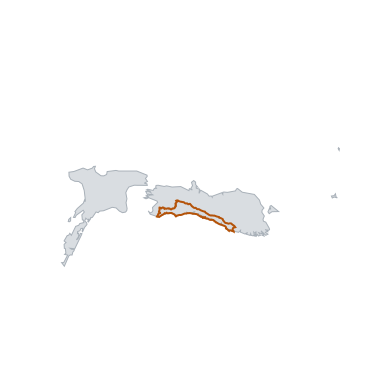 location of West Coast within New Zealand, rotated 238°
{"feature_id": "NZL-3406", "entity_name": "West Coast", "entity_type": "Regional Council", "adm_level": 1, "iso_a3": "NZL", "parent_name": "New Zealand", "parent_adm1": "", "projection": "natural_earth1", "projection_center": [171.032, -42.634], "detail": "fine", "context": "in_parent", "style": "outline", "palette": "amber", "viewbox_px": 384, "rotation_deg": 238, "n_neighbors": 0, "source": "natural_earth", "source_scale": "10m", "svg_char_len": 9227}
<svg xmlns="http://www.w3.org/2000/svg" viewBox="0 0 384 384"><g transform="rotate(238 192 192)"><path d="M201.4,157.4L202.9,157.5L209.6,152.6L212.4,151.5L213.1,151.4L211.6,152.9L211.9,153.9L210.3,157.3L211.6,156.7L212.5,154.4L213.3,154.0L213.0,152.7L217.0,153.1L215.6,155.4L213.5,156.8L214.8,156.9L217.9,154.5L217.8,155.9L213.9,159.9L215.0,162.0L214.0,163.8L215.1,163.6L216.6,165.0L215.7,166.8L211.4,171.4L210.7,173.7L206.8,177.7L202.6,185.3L194.8,190.1L196.2,191.5L193.5,193.3L195.6,192.9L197.1,195.8L200.5,196.7L200.8,199.5L198.5,200.3L196.3,199.0L193.1,199.5L194.2,198.3L192.9,197.6L190.5,199.9L187.1,197.2L189.0,200.3L182.2,204.0L179.4,204.3L178.4,206.2L176.8,206.4L177.7,207.0L175.6,216.9L173.7,216.9L175.4,218.0L175.1,219.0L172.9,221.9L169.9,229.5L171.0,231.3L170.8,232.5L165.2,234.5L156.9,243.6L149.4,244.9L145.2,243.8L140.3,244.5L139.5,241.9L137.8,240.5L133.3,240.6L131.3,237.8L129.4,237.1L127.3,238.6L120.4,238.3L119.1,237.9L118.8,236.8L121.4,234.0L119.1,235.5L118.0,235.3L119.0,234.0L118.8,232.8L116.0,234.1L116.2,231.6L122.5,230.0L120.0,229.8L119.8,228.9L122.2,227.0L119.0,227.2L119.5,225.0L121.3,225.0L120.6,223.4L124.3,225.1L123.8,223.5L125.3,223.1L122.7,222.0L122.6,220.4L123.9,219.2L125.6,219.7L124.4,218.3L127.5,215.6L128.2,217.7L128.4,214.6L132.3,211.8L133.8,212.9L133.1,210.2L139.6,203.4L143.3,201.6L145.3,201.9L148.7,199.8L150.1,200.6L149.6,199.1L150.0,198.4L158.6,194.5L158.6,193.2L159.5,193.0L158.9,192.6L163.8,188.3L165.8,188.6L164.6,187.4L166.7,186.3L168.6,187.2L167.5,185.8L169.3,185.0L170.2,186.1L170.3,184.5L173.3,181.0L173.8,183.8L174.2,183.4L174.0,180.7L176.2,177.5L177.8,176.8L177.0,175.8L180.0,165.9L183.3,164.6L186.1,161.7L188.0,156.1L188.6,151.9L190.4,148.8L195.3,144.8L199.2,144.9L196.5,145.3L196.1,147.3L196.9,149.0L199.8,150.3L201.4,157.4ZM200.1,45.7L204.4,53.1L206.6,50.9L206.9,52.6L211.1,54.6L211.9,53.9L215.4,55.8L215.9,58.4L218.3,57.6L221.2,63.1L220.7,64.5L221.7,66.5L219.2,66.7L224.5,75.2L223.8,78.2L224.7,80.2L223.4,84.0L225.6,85.2L226.4,84.2L231.0,86.5L232.1,90.1L234.2,90.0L233.6,81.5L232.3,79.3L233.3,78.0L236.2,82.5L237.4,82.3L238.8,86.0L240.1,93.9L242.0,96.4L241.0,96.0L240.7,96.6L241.7,97.3L250.4,101.4L257.1,103.1L260.9,101.5L263.2,98.3L267.0,95.9L270.5,96.1L274.0,98.1L272.0,102.6L270.0,112.3L266.1,115.2L265.1,120.1L265.8,122.1L265.0,123.7L263.4,121.6L260.0,121.0L254.0,123.4L252.4,125.8L252.1,128.9L254.3,130.9L250.6,138.9L248.5,141.1L239.0,156.3L230.1,162.8L228.9,162.2L228.2,159.7L224.5,159.8L224.8,156.8L224.3,156.5L222.9,158.1L221.3,157.6L228.4,146.5L229.7,141.1L228.4,138.2L226.5,135.5L220.7,133.2L217.9,130.4L212.4,128.2L210.8,126.8L210.2,125.0L211.3,122.1L214.3,120.3L218.7,119.2L221.3,116.2L223.0,107.0L224.7,103.6L224.2,101.5L225.9,100.0L223.3,94.1L223.9,92.3L223.1,92.0L221.5,88.3L222.5,88.1L223.5,90.2L224.4,88.5L226.1,88.1L224.2,85.7L221.7,86.4L220.1,85.7L218.9,82.1L216.3,78.2L217.1,78.1L219.1,80.1L219.9,78.5L218.5,76.3L219.1,74.1L217.4,72.8L217.2,74.2L214.3,72.1L212.7,68.6L212.7,70.4L216.0,75.5L215.1,76.6L214.5,76.0L206.0,62.5L208.9,58.8L207.2,59.5L205.6,61.8L204.7,60.8L204.2,59.1L202.1,56.9L203.1,55.5L203.1,53.7L196.7,44.4L201.2,44.0L200.1,45.7ZM134.9,245.9L137.3,249.3L136.0,249.1L136.0,249.8L138.6,250.5L138.6,252.0L129.5,255.1L132.9,249.4L132.7,246.0L134.9,245.9ZM113.6,310.6L114.5,312.7L111.6,311.6L110.0,312.1L112.3,310.0L112.6,307.8L114.7,308.1L113.6,310.6ZM234.1,73.0L234.6,75.6L231.8,73.7L231.7,72.3L232.5,71.4L234.1,73.0ZM211.9,150.5L210.2,151.5L210.6,149.4L212.6,148.1L211.9,150.5ZM119.1,229.1L118.9,230.3L116.4,229.8L118.4,228.4L119.1,229.1ZM151.3,338.9L151.9,339.7L150.6,340.0L149.3,338.8L151.3,338.9ZM122.0,221.3L122.6,223.3L120.9,222.3L122.0,221.3Z" fill="#d9dde1" stroke="#a8b0b8" stroke-width="1"/><path d="M136.7,206.6L136.3,206.4L136.9,206.1L137.1,205.9L137.6,205.4L138.4,204.9L138.9,204.5L139.3,204.0L139.4,203.5L139.5,203.3L139.7,203.1L139.9,203.0L140.0,202.9L139.7,202.7L139.9,202.6L140.2,202.5L141.0,202.4L141.5,202.3L141.9,202.1L142.2,202.0L142.3,201.8L142.5,201.7L142.8,201.8L142.9,201.7L143.2,201.5L143.5,201.6L143.7,201.9L143.9,202.1L144.5,202.2L145.3,202.0L146.0,201.6L146.8,200.9L147.4,200.5L147.6,200.3L147.8,200.1L148.7,199.7L148.9,199.5L148.9,199.4L148.9,199.2L149.0,199.1L149.4,198.8L149.6,198.8L149.8,198.6L150.3,198.1L150.5,198.0L150.8,197.9L151.7,197.3L152.4,197.1L152.7,196.9L152.9,196.7L153.1,196.4L153.3,196.3L153.7,196.2L153.9,196.3L154.0,196.3L154.2,196.2L154.4,196.0L154.9,195.9L155.3,195.5L155.9,195.6L156.1,195.6L156.8,195.1L157.1,195.1L157.3,194.9L157.7,194.3L157.9,194.1L158.0,193.9L158.0,193.7L158.2,193.4L158.6,193.4L158.7,193.2L158.8,192.6L159.1,192.3L159.4,192.1L161.1,191.3L161.3,191.1L161.4,190.6L161.7,190.5L161.9,190.4L162.1,189.9L162.5,189.7L162.8,189.4L163.0,189.4L163.4,189.4L163.7,189.5L163.8,189.6L164.6,188.3L164.2,188.2L163.9,188.6L163.6,189.0L163.3,189.2L163.6,188.5L164.0,188.0L164.3,187.8L164.5,187.5L164.5,187.4L165.4,187.4L165.7,187.2L165.8,187.1L165.7,187.0L165.9,186.8L166.1,186.6L166.3,186.4L166.6,186.5L166.6,186.3L166.8,186.2L167.4,185.8L168.5,185.4L169.0,185.0L169.8,184.9L170.1,184.6L170.7,184.3L170.9,184.0L171.4,183.4L171.6,183.3L171.8,183.1L173.0,181.3L173.1,181.1L173.5,181.0L173.7,180.8L173.8,180.6L174.0,180.3L174.2,180.2L174.5,180.0L174.7,179.7L175.1,179.1L175.3,179.0L176.2,177.2L176.5,176.9L176.6,176.6L176.7,176.1L176.7,175.7L177.4,174.8L177.7,174.1L178.0,171.7L178.2,171.1L178.3,170.7L178.4,170.3L178.5,170.2L178.9,169.6L179.1,169.3L179.3,169.0L179.5,167.9L179.7,167.6L179.8,167.1L180.1,166.5L180.0,166.3L179.9,166.4L179.8,166.2L179.8,165.4L180.0,165.3L180.8,165.4L181.7,165.2L182.0,165.3L182.7,165.0L183.9,164.2L184.3,163.9L184.6,163.7L184.7,163.8L184.9,163.7L185.0,163.4L185.3,163.1L185.5,162.8L186.0,161.8L186.1,161.7L186.2,161.3L186.2,161.2L186.3,161.1L186.5,160.8L186.5,160.6L186.7,160.2L187.0,159.9L187.4,159.7L187.7,159.6L187.6,159.3L187.7,159.1L187.9,158.8L187.9,158.6L187.9,158.3L187.9,157.9L188.0,157.7L188.1,157.8L188.5,157.6L188.4,157.1L188.3,156.9L188.2,155.1L188.2,154.9L188.3,154.5L188.4,154.4L188.3,153.5L188.3,151.7L188.2,151.2L188.2,150.9L188.3,150.8L188.5,150.8L188.6,150.7L188.9,150.3L189.2,149.9L189.3,149.6L189.5,149.5L189.6,149.4L189.8,149.2L189.9,149.3L190.1,150.4L190.2,150.6L190.7,151.0L190.8,151.2L190.9,151.5L191.0,151.7L191.2,151.8L191.3,152.0L191.5,152.2L191.5,152.4L191.4,152.6L191.3,152.8L191.2,152.9L191.1,153.1L191.0,153.3L191.0,153.8L191.3,153.9L191.6,153.6L191.8,153.5L192.1,153.6L192.5,153.5L192.9,153.6L193.1,153.7L193.1,153.9L193.2,154.1L193.3,154.2L193.4,154.4L193.5,154.5L193.9,154.8L194.0,154.9L194.6,155.4L194.8,155.6L195.6,155.8L195.8,156.0L196.0,156.2L195.9,156.4L195.3,156.9L194.4,157.2L194.3,157.3L194.3,157.5L194.5,157.7L194.5,157.8L194.5,158.0L194.4,158.1L194.4,158.4L194.4,158.7L194.4,159.0L194.2,159.2L193.9,159.5L193.7,159.7L193.5,159.8L193.2,159.8L192.7,159.6L192.4,159.7L192.2,159.8L192.2,160.0L192.3,160.2L192.3,160.4L192.2,160.6L192.1,160.8L191.5,161.2L191.4,161.4L191.3,161.6L191.1,162.3L191.0,162.7L190.8,163.1L190.7,163.3L190.4,163.4L190.1,163.5L189.9,163.9L190.0,164.1L189.9,164.3L189.1,164.5L188.9,164.6L188.7,164.7L188.4,164.9L188.3,165.1L188.3,165.3L188.2,165.5L188.2,165.8L188.3,165.9L188.3,166.1L188.4,166.4L188.3,166.8L188.2,167.2L188.1,167.4L187.7,167.7L187.6,168.5L187.7,168.9L187.8,169.2L187.9,169.4L188.2,169.5L188.3,169.7L188.4,169.9L188.3,170.1L188.4,170.4L188.5,170.7L188.6,170.9L188.7,171.0L188.9,171.0L189.3,170.9L189.5,171.0L189.7,171.4L189.7,171.5L189.8,171.6L190.1,171.7L190.2,171.8L190.6,171.7L190.7,171.8L191.0,171.9L191.1,172.1L191.2,172.4L191.3,173.1L191.4,173.5L191.7,174.0L191.9,174.3L192.1,174.4L192.3,174.3L192.5,174.0L192.6,173.9L192.8,173.9L193.0,173.9L193.0,174.3L192.9,174.4L192.8,174.6L192.7,174.9L192.6,175.1L192.5,175.3L192.4,175.5L192.1,175.6L191.8,175.7L191.4,175.8L190.8,176.4L190.0,177.0L189.8,177.2L189.6,177.4L189.5,177.6L189.2,177.8L189.1,178.1L188.4,178.7L188.0,179.3L187.6,179.6L187.3,179.8L187.1,179.9L186.7,179.9L186.5,180.0L186.1,180.2L185.8,180.4L185.5,180.8L185.2,181.2L185.2,181.4L185.1,181.7L184.3,182.1L183.6,182.3L183.5,182.6L183.4,183.0L183.3,183.5L183.2,183.7L183.1,183.9L183.0,184.0L182.8,184.1L182.2,184.1L181.7,184.2L181.1,184.3L180.6,184.4L180.4,184.3L180.1,184.3L179.6,184.5L179.3,184.7L179.1,184.8L178.9,184.8L178.5,184.9L177.9,185.1L177.6,185.3L177.1,185.8L176.9,186.1L176.8,186.5L176.6,186.7L176.4,186.8L175.4,187.1L175.1,187.1L174.6,187.4L173.8,188.7L173.3,189.0L172.0,189.6L169.7,191.3L168.4,192.6L168.1,192.6L167.9,192.5L167.4,192.6L166.8,192.8L165.1,193.7L163.8,194.2L163.4,194.4L162.4,195.2L162.0,195.6L161.8,195.9L161.7,196.4L161.3,196.8L161.0,197.2L160.7,197.6L160.4,197.9L160.1,198.5L158.1,200.0L157.6,200.5L157.2,200.9L156.5,201.6L156.1,201.4L155.9,201.4L155.6,201.5L155.4,201.8L155.2,202.1L154.9,202.4L154.5,202.6L154.1,202.9L153.5,203.2L153.1,203.5L152.6,203.7L152.2,203.6L151.8,203.4L151.6,203.3L151.2,203.3L150.7,203.5L149.9,203.6L149.3,203.6L148.8,203.7L148.2,203.9L147.6,204.4L147.4,204.6L147.3,204.9L146.8,205.4L146.4,205.6L146.1,205.9L145.8,206.1L145.7,206.5L145.6,206.8L145.3,207.6L145.0,208.0L144.6,208.5L144.2,208.7L143.4,208.8L140.8,209.9L139.2,210.0L139.6,208.7L139.8,208.1L139.6,207.8L139.5,207.5L139.2,207.1L139.0,206.8L138.5,206.6L138.1,206.4L137.4,206.4L136.7,206.6Z" fill="none" stroke="#b45309" stroke-width="2"/></g></svg>